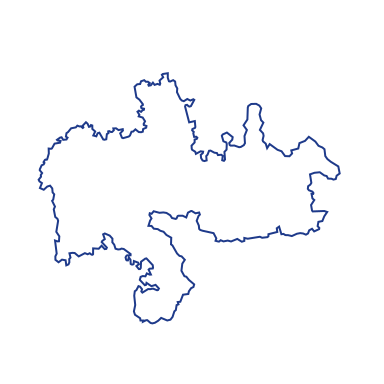 Chelyabinsk, orthographic projection, rotated 259°
{"feature_id": "RUS-2379", "entity_name": "Chelyabinsk", "entity_type": "Region", "adm_level": 1, "iso_a3": "RUS", "parent_name": "Russia", "parent_adm1": "", "projection": "orthographic", "projection_center": [60.252, 54.184], "detail": "fine", "context": "isolated", "style": "outline", "palette": "blue", "viewbox_px": 384, "rotation_deg": 259, "n_neighbors": 0, "source": "natural_earth", "source_scale": "10m", "svg_char_len": 6046}
<svg xmlns="http://www.w3.org/2000/svg" viewBox="0 0 384 384"><g transform="rotate(259 192 192)"><path d="M313.2,190.9L308.7,190.0L305.1,190.5L304.6,191.6L305.4,194.8L303.7,196.5L299.8,196.2L296.5,197.3L292.9,196.3L285.7,198.2L283.8,199.4L282.7,201.3L284.2,205.1L282.1,207.8L282.8,211.0L282.0,211.8L276.5,207.3L276.3,205.9L276.8,205.0L278.5,203.8L278.5,202.2L277.2,201.5L260.9,202.5L261.1,208.3L255.2,207.7L254.4,207.2L253.7,204.4L252.5,203.9L250.6,205.2L249.5,204.5L245.7,204.6L245.4,206.8L244.2,207.6L243.2,206.8L243.0,204.6L240.1,204.0L237.6,200.4L234.4,200.0L233.4,200.2L230.9,202.9L228.7,203.1L230.3,208.2L229.5,210.6L228.1,210.0L226.8,207.7L223.6,207.4L220.9,208.4L220.0,210.1L220.2,212.4L224.5,212.8L225.7,214.4L229.2,216.6L229.1,218.1L226.3,221.5L225.5,223.9L223.3,224.5L223.0,227.8L221.6,229.1L217.4,227.7L216.5,229.3L217.6,230.6L225.2,231.5L227.0,234.0L232.6,235.3L234.1,235.1L235.8,232.5L241.5,232.0L242.6,233.1L243.7,237.6L238.1,242.4L235.7,241.5L233.0,237.9L230.9,238.0L230.2,238.7L229.5,242.5L227.0,246.8L226.9,248.5L228.1,251.8L229.8,253.3L236.9,254.2L242.4,257.7L247.6,255.3L252.6,260.2L264.3,262.9L265.7,263.7L267.1,266.9L266.3,271.8L264.0,274.6L260.9,275.9L255.2,273.1L249.3,273.5L246.5,275.3L240.0,270.5L236.0,273.0L233.5,273.0L229.5,271.2L228.1,271.4L225.4,273.6L220.7,274.1L224.2,277.4L217.1,284.0L214.9,287.7L209.5,290.2L208.5,294.5L210.7,297.6L213.9,297.4L214.4,304.6L219.5,306.8L220.6,312.7L223.9,317.2L218.0,322.7L213.2,325.0L210.8,328.5L208.7,330.2L201.8,329.7L198.5,331.2L195.2,334.0L189.2,340.5L182.0,340.5L180.4,337.1L177.3,335.6L177.2,333.2L178.4,331.5L179.2,328.1L182.0,327.2L183.0,325.0L187.0,321.2L187.5,315.9L186.8,311.2L178.2,310.9L176.7,309.6L175.5,307.1L173.0,306.3L171.4,307.1L169.4,310.3L167.8,311.0L167.0,310.6L167.4,309.0L162.7,309.0L160.8,310.5L156.5,306.4L150.9,306.3L149.9,306.8L148.1,318.2L146.6,320.9L142.9,317.2L138.6,314.4L138.6,310.4L134.5,308.8L132.4,310.1L131.3,309.7L130.0,304.4L133.0,302.8L132.0,299.7L129.2,298.0L128.4,295.7L130.1,293.1L131.0,290.3L131.0,287.0L129.7,281.6L131.3,278.1L131.9,275.4L133.4,273.8L133.5,271.7L141.4,270.9L140.2,268.3L136.5,268.1L136.0,259.0L133.9,258.5L133.3,257.4L133.7,252.1L135.1,250.1L135.5,237.8L136.9,234.6L134.0,234.0L133.7,231.4L137.3,227.5L136.0,220.9L137.5,217.8L137.5,213.5L139.2,210.9L138.2,209.3L138.3,208.5L139.6,205.8L141.9,207.0L147.5,205.3L152.0,194.9L153.2,192.8L154.4,192.0L157.8,192.3L162.8,191.1L167.2,193.8L168.3,195.4L170.5,195.1L170.4,191.4L173.4,188.1L173.5,187.3L172.5,184.1L168.1,181.5L170.5,178.3L171.3,174.2L171.1,173.3L168.9,171.7L168.7,170.8L170.3,167.4L173.3,166.2L176.3,163.0L177.4,160.0L177.8,156.1L180.4,150.7L178.3,148.2L179.2,146.5L177.6,145.8L173.8,147.2L171.9,145.4L167.1,142.8L166.4,145.8L163.3,147.5L162.1,151.3L160.0,153.5L158.4,156.5L154.7,158.7L151.1,162.9L144.6,161.4L143.3,162.6L134.5,165.6L131.7,167.5L130.8,169.5L126.8,172.0L123.5,168.8L116.7,166.6L110.8,168.5L109.9,170.3L106.4,172.1L100.9,176.5L98.5,175.3L97.7,172.7L95.1,170.0L92.6,168.9L92.9,163.6L86.5,159.6L86.7,157.0L84.3,157.3L83.9,155.3L79.2,153.6L78.2,151.9L73.1,149.1L70.8,146.5L70.6,143.2L74.3,137.7L72.1,134.3L70.7,130.6L70.6,128.0L71.4,126.3L74.7,123.7L74.9,122.5L74.0,119.2L75.1,119.7L75.7,116.9L78.0,117.0L82.4,112.6L85.9,112.2L91.9,114.7L101.2,115.5L105.5,116.9L106.3,118.7L109.8,121.5L109.0,122.9L106.1,124.4L104.0,123.3L102.7,124.1L105.1,130.4L104.6,132.4L104.6,135.3L102.2,139.0L102.3,140.0L103.6,141.1L107.8,138.5L107.3,134.2L111.5,130.0L109.6,129.1L109.5,127.9L115.7,124.0L118.5,125.4L118.9,127.6L118.1,130.2L120.7,132.1L118.9,134.8L118.8,135.9L124.1,134.6L124.8,135.7L124.4,138.9L125.1,139.3L127.7,139.5L135.5,134.6L135.5,133.4L133.3,128.7L127.2,127.2L126.3,126.3L126.5,125.1L129.9,123.3L131.3,126.1L132.9,125.7L135.3,121.8L132.4,120.9L132.1,120.0L132.4,118.8L133.1,118.1L137.3,118.7L139.9,117.5L137.1,116.1L137.3,115.0L138.1,114.4L140.5,114.3L141.8,115.4L142.2,116.2L141.6,119.6L142.8,119.9L149.1,114.1L149.9,111.9L149.5,110.7L149.7,108.5L150.9,106.1L155.1,105.6L157.8,104.2L161.4,105.0L164.9,102.9L167.9,98.5L167.4,96.7L162.4,97.4L161.1,94.6L160.1,93.8L153.7,97.8L152.5,97.0L152.6,95.4L156.5,93.0L154.1,89.6L155.5,84.2L149.8,83.0L149.4,82.4L149.7,81.4L151.4,79.9L150.8,77.7L152.4,75.2L150.4,68.5L154.5,65.2L155.1,62.9L155.2,60.0L150.8,60.2L149.6,58.7L146.4,58.2L144.5,56.9L144.0,54.6L149.1,54.9L150.4,51.5L148.5,47.6L151.5,45.0L154.9,45.6L157.3,47.4L170.5,48.3L169.2,50.5L169.0,52.0L173.8,53.3L178.8,51.2L189.3,55.1L191.4,54.8L193.6,53.0L201.4,53.0L203.8,54.7L210.0,53.0L211.0,54.3L216.0,56.3L218.2,55.1L222.2,55.5L225.3,53.9L225.0,51.0L222.5,46.9L224.9,43.5L229.4,46.4L231.5,44.3L233.3,43.8L235.8,46.7L237.5,46.8L239.2,48.5L242.4,46.7L243.4,47.0L246.9,49.5L247.4,51.7L248.7,52.7L249.7,52.0L251.5,53.7L251.8,54.4L251.4,55.6L252.0,56.2L257.1,58.8L262.0,59.6L261.3,61.9L261.5,62.8L265.7,66.3L265.6,71.9L267.2,72.7L268.3,69.8L269.0,69.4L270.6,73.0L270.6,74.4L267.8,75.5L267.5,78.8L269.1,80.2L270.4,78.8L273.7,80.0L274.5,81.8L277.6,85.5L277.6,90.3L279.0,92.1L277.8,94.1L277.7,95.4L275.7,97.0L276.1,97.7L277.9,97.3L280.7,101.2L279.0,102.5L275.6,103.3L275.7,104.5L277.0,105.6L276.3,106.8L272.9,106.2L269.9,108.5L266.3,105.9L264.9,108.7L267.7,110.6L267.9,112.4L260.5,114.9L260.0,116.1L260.1,117.9L265.1,119.5L265.7,121.2L267.5,121.3L267.6,122.3L266.3,124.0L266.2,125.1L267.5,127.0L269.4,126.9L269.0,129.6L266.8,131.7L266.9,136.0L265.5,135.9L263.3,132.7L258.7,133.6L258.0,134.6L258.5,140.5L259.3,141.9L262.7,144.1L262.6,145.8L264.3,148.4L261.0,151.2L260.4,153.5L260.6,155.2L263.1,156.0L263.9,159.3L265.5,159.9L266.9,157.5L268.0,157.5L270.4,159.4L274.5,157.8L276.4,154.1L277.8,155.1L281.2,153.8L282.0,155.4L280.4,157.3L281.6,158.9L281.9,160.5L282.9,160.8L283.9,158.4L285.4,158.2L286.3,159.0L286.8,160.4L287.6,160.5L292.7,158.0L295.5,155.5L306.3,155.7L308.2,158.8L307.9,161.7L310.4,163.1L310.9,166.4L309.0,167.8L308.7,169.7L307.0,171.3L305.7,169.6L304.6,169.8L304.6,171.9L306.8,174.5L304.3,175.7L304.7,178.8L303.4,180.8L304.4,181.5L307.6,181.4L310.1,185.6L312.8,184.8L313.4,185.9L313.2,190.9Z" fill="none" stroke="#1e3a8a" stroke-width="2"/></g></svg>